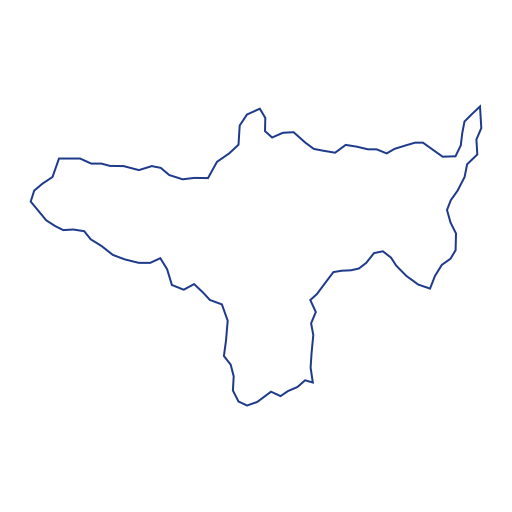 Barueri, São Paulo, Brazil (Equal Earth projection)
{"feature_id": "56859067B64169293019313", "entity_name": "Barueri", "entity_type": "district", "adm_level": 2, "iso_a3": "BRA", "parent_name": "Brazil", "parent_adm1": "São Paulo", "projection": "equal_earth", "projection_center": [-46.873, -23.512], "detail": "fine", "context": "isolated", "style": "outline", "palette": "blue", "viewbox_px": 512, "rotation_deg": 0, "n_neighbors": 0, "source": "geoboundaries", "source_scale": "gbopen_adm2", "svg_char_len": 1541}
<svg xmlns="http://www.w3.org/2000/svg" viewBox="0 0 512 512"><path d="M430.0,288.6L435.0,275.9L441.8,264.9L450.5,258.7L455.6,250.2L456.0,233.5L450.5,222.5L447.0,210.0L450.8,200.2L457.6,190.6L464.6,177.0L467.1,164.3L477.3,154.5L476.4,139.5L481.3,128.1L480.0,106.5L471.5,114.5L464.5,121.5L462.3,132.8L460.8,145.3L455.5,156.3L442.6,156.7L431.7,148.9L423.0,142.7L415.0,142.7L406.0,145.3L394.5,148.9L386.7,153.4L376.5,149.3L367.9,149.3L356.9,146.7L345.7,144.9L335.1,152.7L323.1,150.7L313.8,148.9L305.4,142.7L293.6,132.2L282.8,132.8L272.1,137.5L265.0,131.1L265.3,117.9L259.8,108.7L247.0,114.5L239.7,125.5L238.5,144.7L229.2,153.4L217.0,161.8L208.0,178.1L194.4,177.9L182.6,179.3L169.2,175.0L160.8,167.9L151.8,166.1L138.9,170.1L123.6,166.1L110.0,165.9L101.3,163.6L91.2,163.6L80.0,158.5L59.0,158.5L52.5,177.0L42.4,183.7L34.2,190.6L30.7,201.6L37.7,210.0L46.2,220.3L55.2,226.1L63.2,230.1L73.2,229.5L84.2,231.2L90.7,239.3L101.8,246.2L112.8,254.9L124.8,259.4L139.0,262.9L150.1,262.9L160.3,258.2L167.1,269.2L171.9,285.0L183.7,289.7L194.1,284.1L203.1,292.6L209.9,300.0L221.9,304.4L227.7,320.7L226.0,340.6L223.9,356.0L230.7,364.7L233.7,376.3L232.9,390.5L238.5,401.5L247.0,405.5L257.3,401.9L271.0,391.7L280.5,396.1L288.1,391.0L297.4,387.0L305.1,380.3L312.8,382.5L310.6,367.6L311.6,352.6L313.3,335.0L311.1,323.4L315.8,312.0L310.3,300.0L316.8,294.2L325.3,282.8L333.4,272.1L341.9,270.7L350.9,270.3L358.9,268.5L366.2,262.9L374.0,253.1L382.9,251.3L391.0,257.6L396.2,265.6L406.3,275.9L418.3,284.6L430.0,288.6Z" fill="none" stroke="#1e3a8a" stroke-width="2"/></svg>